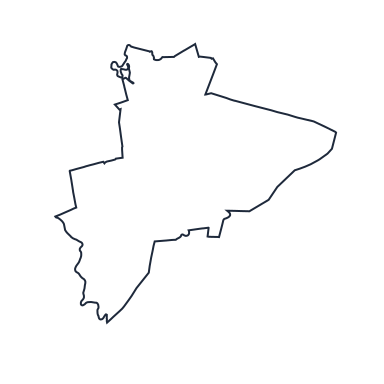 Giera, Timis, Romania, rotated 282°
{"feature_id": "2599482B15440248148719", "entity_name": "Giera", "entity_type": "district", "adm_level": 2, "iso_a3": "ROU", "parent_name": "Romania", "parent_adm1": "Timis", "projection": "natural_earth1", "projection_center": [20.968, 45.404], "detail": "fine", "context": "isolated", "style": "outline", "palette": "slate", "viewbox_px": 384, "rotation_deg": 282, "n_neighbors": 0, "source": "geoboundaries", "source_scale": "gbopen_adm2", "svg_char_len": 5805}
<svg xmlns="http://www.w3.org/2000/svg" viewBox="0 0 384 384"><g transform="rotate(282 192 192)"><path d="M321.6,103.0L321.5,102.8L321.6,102.2L322.4,101.0L322.6,100.4L322.7,100.1L322.6,99.4L322.4,99.1L322.1,98.6L321.7,98.3L318.1,97.9L314.9,97.4L313.6,97.4L312.9,97.5L312.7,97.5L312.4,97.7L311.8,98.4L311.7,99.2L311.6,99.6L311.4,99.8L311.1,100.1L310.6,100.4L309.6,100.6L309.0,100.5L308.4,100.2L306.7,99.9L306.1,99.7L305.3,99.3L304.1,98.8L301.2,97.7L300.3,97.2L300.0,96.7L299.7,96.1L299.3,95.1L299.3,94.5L299.3,93.9L299.4,93.6L299.9,93.2L301.2,92.4L301.8,91.9L302.7,91.0L302.9,90.7L303.0,90.5L303.1,90.0L303.1,89.6L303.1,89.0L303.0,88.7L302.7,87.9L302.5,87.6L301.1,87.0L300.0,86.7L299.8,86.8L297.1,87.1L296.7,87.3L296.4,87.6L295.6,88.8L295.3,89.8L295.3,90.2L295.6,90.8L295.7,91.1L295.8,91.9L295.7,92.5L295.3,93.3L295.1,93.6L294.8,93.9L294.2,94.1L293.6,94.3L291.1,94.4L291.0,94.5L290.3,94.9L290.0,95.2L289.9,95.5L289.6,96.7L289.6,96.9L289.3,98.2L289.3,98.9L289.4,99.2L289.6,99.5L289.8,99.9L289.9,100.0L290.1,100.0L290.8,99.9L291.3,99.9L291.7,99.8L291.8,99.7L292.7,98.7L293.9,97.9L294.7,97.4L295.3,97.1L295.8,97.0L296.8,96.9L297.4,96.9L297.5,97.0L297.7,97.5L297.7,98.7L297.8,99.5L297.7,101.2L297.8,102.1L298.1,102.8L298.4,103.2L299.4,103.7L300.0,103.8L300.3,103.8L300.9,103.6L301.7,103.2L302.2,102.9L303.1,102.1L303.3,102.0L303.5,102.0L303.9,102.2L303.9,102.7L303.7,103.1L303.4,103.4L303.1,103.7L302.5,104.1L301.3,104.5L300.4,104.5L299.4,104.7L295.9,106.4L294.8,106.5L291.3,106.6L290.5,106.7L288.7,107.4L288.1,107.8L287.8,108.3L287.4,109.5L287.0,110.8L286.7,111.7L286.5,112.0L286.4,112.1L286.1,111.9L285.9,111.7L286.1,111.1L287.4,108.3L287.9,107.2L288.9,105.5L289.9,103.7L289.9,103.4L289.9,103.2L287.8,100.5L281.5,103.7L280.9,103.9L278.5,105.1L273.5,107.5L268.5,110.1L264.8,104.1L261.5,98.4L257.5,103.9L258.2,104.9L245.0,106.1L239.4,108.2L231.0,111.2L222.0,114.5L221.2,114.3L218.9,114.8L211.1,117.0L208.8,110.6L208.1,110.3L207.7,109.9L205.9,106.4L204.1,102.4L202.9,100.9L202.2,100.6L201.8,100.4L203.1,98.9L201.2,94.9L198.5,89.7L196.7,86.0L196.2,85.1L196.1,84.9L195.2,83.1L193.9,80.9L193.2,79.5L190.5,74.2L188.2,69.9L187.4,68.1L187.1,68.0L178.8,71.4L167.8,75.6L167.6,75.6L162.2,77.9L155.9,80.5L152.7,82.0L151.2,79.7L149.2,77.1L145.4,71.8L142.5,67.8L139.6,63.4L139.2,63.8L138.9,64.3L138.8,64.7L138.9,65.4L138.8,66.2L138.4,67.3L137.7,68.8L136.6,70.7L136.1,71.4L134.9,72.7L134.0,73.4L128.4,75.8L127.0,77.2L125.9,78.6L124.2,81.3L123.4,82.6L123.1,82.8L122.2,84.6L122.0,85.1L121.7,86.4L121.5,87.3L121.4,88.4L121.2,89.2L120.3,91.7L120.1,92.5L119.8,93.9L119.6,94.4L119.3,94.9L118.9,95.2L118.3,95.7L117.7,95.9L117.3,95.9L116.7,95.8L116.4,95.7L115.7,95.3L114.7,94.6L114.2,94.4L113.3,94.1L112.8,94.1L111.9,94.3L111.5,94.5L111.0,94.9L110.9,95.2L110.6,95.5L109.9,96.1L108.9,96.4L108.2,96.6L106.4,96.9L104.6,96.8L104.0,96.7L103.2,96.5L102.1,96.4L100.2,96.1L98.8,95.6L96.0,94.3L94.7,93.9L93.0,93.6L92.2,93.7L91.4,93.9L90.8,94.3L90.5,94.4L90.1,94.9L89.7,95.5L89.5,96.1L89.2,97.1L88.9,97.8L88.4,98.5L86.9,100.0L86.2,100.7L85.0,102.6L84.4,104.2L84.1,104.7L83.4,105.5L82.9,105.9L82.2,106.3L81.3,106.5L80.6,106.6L78.6,106.6L75.3,106.9L70.7,106.6L69.5,107.1L68.6,107.6L67.9,107.9L66.4,108.2L66.1,108.2L65.5,108.1L64.5,107.8L62.4,106.6L61.9,106.4L60.7,106.3L59.8,106.5L59.3,106.6L58.7,107.0L58.4,107.7L58.3,108.0L58.3,108.3L58.4,108.6L58.7,109.1L59.6,110.1L60.2,110.6L61.5,111.4L61.8,111.8L62.3,112.4L62.6,113.1L63.4,116.1L63.5,117.7L63.6,120.1L63.8,121.2L63.8,121.6L63.6,122.1L63.5,122.5L63.2,122.8L62.3,123.6L61.1,124.1L60.3,124.4L59.2,124.6L58.6,124.5L57.4,124.1L56.8,124.1L56.1,124.2L53.8,124.8L53.0,125.1L52.3,125.5L51.8,125.8L51.6,126.1L49.7,127.0L49.1,127.4L48.7,127.8L48.4,128.4L48.3,129.0L48.5,129.5L48.7,130.1L49.0,130.6L50.1,131.4L53.0,132.4L53.8,132.8L54.4,133.2L54.4,133.4L54.4,133.7L54.3,133.9L54.2,134.2L51.8,134.7L50.7,134.8L50.1,135.2L48.5,135.4L47.7,135.6L46.6,136.1L50.9,139.2L53.4,140.9L60.2,145.8L63.4,148.0L65.9,149.3L72.8,152.4L77.7,154.5L86.5,157.7L104.1,166.5L110.8,166.0L119.3,165.7L126.4,165.7L131.4,165.6L135.9,165.8L139.2,176.9L141.0,182.6L141.9,186.1L142.7,186.7L143.2,187.2L144.4,188.7L145.4,189.7L146.0,190.1L146.8,190.4L147.7,190.5L148.0,190.7L148.4,191.2L148.5,191.5L148.5,192.0L147.9,193.7L147.8,195.0L148.0,195.7L148.3,196.3L148.6,196.8L149.1,197.2L149.8,197.6L150.6,197.7L151.3,197.7L152.8,197.3L153.4,197.0L153.8,196.7L157.4,206.5L158.5,209.6L158.7,210.4L160.5,215.5L160.4,215.7L151.7,216.5L151.7,217.6L152.0,219.4L153.4,226.7L153.5,227.8L162.0,228.2L167.0,228.4L171.0,228.5L172.1,229.0L172.4,229.2L173.4,230.9L174.2,232.0L174.7,232.6L175.3,233.2L176.1,233.7L176.8,234.0L177.4,234.1L178.1,233.9L178.8,233.6L179.3,233.1L180.2,231.8L181.0,230.3L181.1,230.8L181.7,233.9L182.6,238.7L183.5,243.7L184.8,250.6L185.1,252.2L185.8,252.9L200.3,268.6L214.7,274.4L234.6,288.0L237.2,292.5L240.3,297.4L243.8,302.3L249.0,308.4L250.5,310.0L257.5,316.4L257.9,316.7L262.7,319.5L263.4,319.9L280.0,320.6L280.4,320.1L280.7,319.4L283.2,309.7L286.0,297.8L286.3,296.6L286.4,295.0L286.7,279.8L286.9,277.1L287.6,269.6L287.9,258.8L287.9,258.7L288.4,252.5L289.1,235.8L290.2,214.8L290.1,214.6L290.5,210.1L291.1,206.1L291.6,200.9L292.6,190.2L290.2,185.2L290.1,184.8L311.7,188.2L322.2,189.8L323.7,187.9L327.1,184.7L326.4,183.5L326.8,182.8L327.1,182.6L326.4,174.6L326.1,171.6L325.6,170.6L337.4,164.3L336.2,163.1L333.3,159.9L328.8,155.0L328.8,154.9L321.3,146.9L320.4,146.3L317.8,135.3L317.8,135.0L315.9,134.0L315.3,133.5L314.9,133.0L314.3,132.2L314.0,131.4L313.9,130.8L313.6,129.4L313.6,129.0L313.7,128.0L313.9,127.2L314.5,127.0L314.8,126.9L315.4,126.9L316.0,126.6L317.1,125.9L317.5,125.5L317.7,125.0L317.9,124.8L318.3,124.6L318.9,124.4L319.9,124.2L320.4,124.0L320.8,123.7L321.2,123.4L321.3,123.0L320.9,122.3L320.4,121.6L320.7,121.1L321.3,105.5L321.5,103.5L321.6,103.0Z" fill="none" stroke="#1e293b" stroke-width="2"/></g></svg>